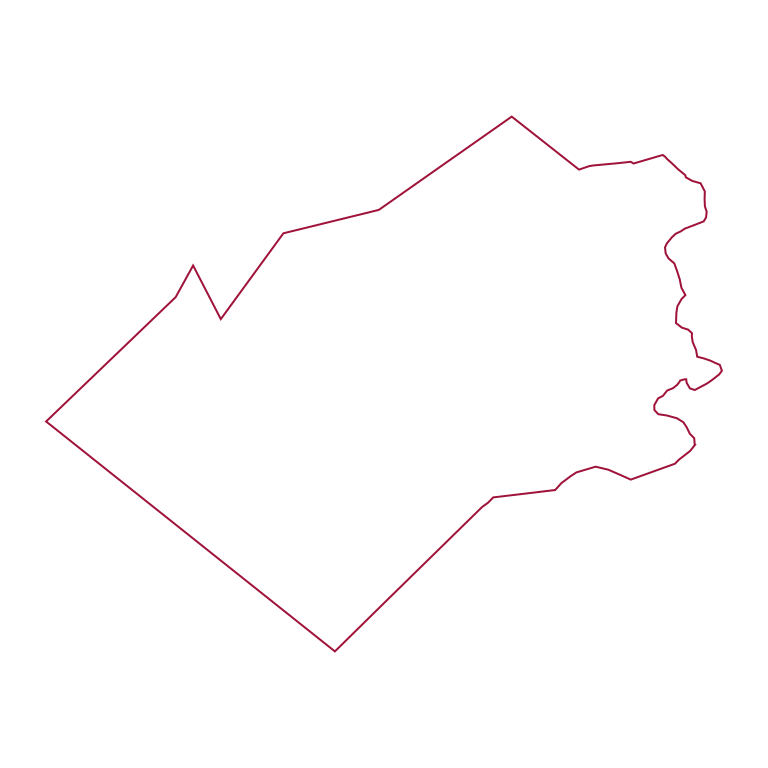 San Miguel Yotao, Oaxaca, Mexico (Albers equal-area conic projection)
{"feature_id": "50627088B59382094146317", "entity_name": "San Miguel Yotao", "entity_type": "district", "adm_level": 2, "iso_a3": "MEX", "parent_name": "Mexico", "parent_adm1": "Oaxaca", "projection": "albers", "projection_center": [-96.324, 17.347], "detail": "fine", "context": "isolated", "style": "outline", "palette": "rose", "viewbox_px": 768, "rotation_deg": 0, "n_neighbors": 0, "source": "geoboundaries", "source_scale": "gbopen_adm2", "svg_char_len": 1397}
<svg xmlns="http://www.w3.org/2000/svg" viewBox="0 0 768 768"><path d="M662.6,155.0L633.6,163.5L630.7,161.8L618.8,163.1L592.9,165.5L589.0,166.2L579.0,169.6L511.7,116.6L378.8,209.9L283.4,233.3L220.8,319.1L193.1,265.5L175.7,297.1L46.1,421.5L47.0,422.2L334.9,651.4L384.4,602.7L482.1,507.0L488.2,502.6L493.2,497.4L555.2,490.0L561.3,483.2L570.6,476.2L576.4,472.4L595.6,466.7L596.5,466.9L608.3,469.7L620.5,475.0L630.8,479.6L675.0,463.7L678.9,459.7L690.2,450.9L695.1,444.7L694.7,444.5L694.2,438.2L689.8,433.7L686.8,427.5L683.3,422.2L676.8,418.2L666.9,415.5L658.3,414.2L654.4,410.0L654.3,405.1L658.1,398.4L662.9,395.9L667.2,390.5L673.0,388.2L677.2,384.8L679.5,381.8L679.9,381.1L680.2,380.5L684.2,379.4L686.2,379.3L686.6,382.7L689.9,388.4L694.8,390.0L707.0,383.5L711.9,380.1L719.2,374.4L721.9,370.7L719.8,364.9L714.3,362.5L710.5,360.7L704.1,358.5L697.2,356.7L696.1,350.1L692.7,342.1L691.8,336.2L692.0,333.2L688.1,329.6L681.8,327.6L676.0,323.1L676.4,312.5L677.4,306.3L681.5,299.1L685.4,295.1L681.4,287.7L679.7,279.2L677.2,271.4L674.3,263.4L668.5,258.4L665.7,253.5L665.0,247.4L666.8,243.5L671.8,237.4L675.6,233.8L680.7,231.4L684.7,228.7L703.7,221.4L705.9,217.7L706.0,217.6L706.7,211.8L704.9,206.3L704.6,198.9L704.8,191.8L704.8,191.4L700.6,183.3L692.2,180.9L685.8,177.3L685.3,175.2L681.9,172.4L677.8,169.0L671.9,163.3L667.2,159.1L664.9,156.5L662.6,155.0Z" fill="none" stroke="#9f1239" stroke-width="2"/></svg>